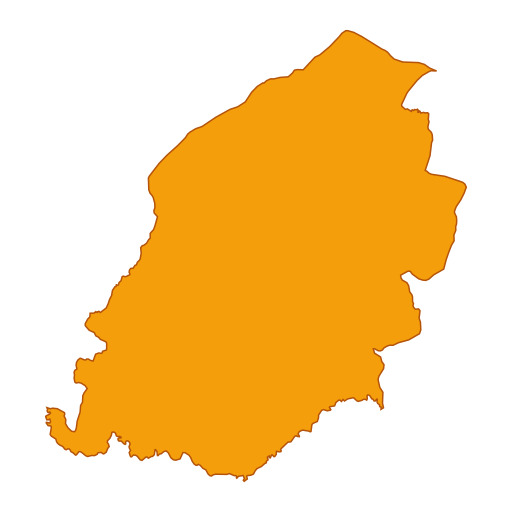 outline of Restrepo, Valle del Cauca, Colombia
{"feature_id": "7082276B97721102897015", "entity_name": "Restrepo", "entity_type": "district", "adm_level": 2, "iso_a3": "COL", "parent_name": "Colombia", "parent_adm1": "Valle del Cauca", "projection": "natural_earth1", "projection_center": [-76.549, 3.81], "detail": "fine", "context": "isolated", "style": "filled", "palette": "amber", "viewbox_px": 512, "rotation_deg": 0, "n_neighbors": 0, "source": "geoboundaries", "source_scale": "gbopen_adm2", "svg_char_len": 5988}
<svg xmlns="http://www.w3.org/2000/svg" viewBox="0 0 512 512"><path d="M195.7,128.7L190.2,132.0L187.7,134.1L185.5,137.6L178.0,145.3L167.0,155.2L159.2,163.3L149.2,176.3L148.4,178.1L148.8,189.8L150.1,193.3L152.0,195.4L153.2,197.5L154.8,203.4L154.9,207.7L153.9,210.6L154.2,213.0L157.5,216.7L154.8,226.4L153.5,229.7L150.2,233.4L150.2,238.2L148.7,239.6L146.6,243.2L143.8,245.3L142.2,245.7L140.7,247.7L141.2,253.3L140.2,258.8L139.4,260.3L137.4,262.2L136.4,264.9L134.9,265.4L133.2,268.2L130.8,268.4L129.5,270.0L129.1,272.2L129.9,273.8L129.8,274.7L126.2,276.5L125.0,276.7L123.2,276.1L122.1,276.7L121.0,280.8L119.1,282.5L118.4,284.9L117.8,285.2L116.4,284.8L116.1,286.4L115.0,286.7L112.5,290.3L111.6,295.5L109.6,299.4L108.1,303.9L106.2,308.0L100.4,312.5L98.9,311.3L97.3,312.3L97.1,311.8L96.1,312.2L95.7,311.7L94.0,313.1L90.1,313.2L89.9,316.8L87.7,319.1L85.3,323.5L85.2,325.3L85.7,326.2L89.2,330.3L94.3,332.6L95.8,335.8L98.5,337.2L100.3,339.3L105.9,341.8L106.7,343.5L106.6,348.9L106.4,350.0L102.5,351.3L102.4,352.6L101.5,353.3L98.7,353.0L95.6,354.2L93.1,361.0L90.5,360.4L88.5,359.1L86.7,359.0L85.9,359.8L84.7,360.0L80.6,358.3L79.8,358.4L77.8,360.1L76.5,362.5L76.1,365.2L76.9,369.0L74.8,370.4L74.1,372.2L74.5,375.1L74.1,378.3L74.9,382.1L76.1,383.0L78.7,382.5L81.3,383.2L85.2,385.7L87.2,388.6L84.1,392.9L82.8,395.8L82.5,402.2L80.6,405.5L80.1,412.1L77.2,421.1L76.3,428.0L75.6,430.3L74.6,431.7L71.7,431.3L68.1,428.0L65.5,423.6L65.8,419.5L64.1,416.0L64.8,414.1L64.4,412.6L57.3,408.7L52.9,408.2L50.1,408.7L46.9,407.6L47.6,409.4L47.1,410.7L47.5,411.9L48.2,412.6L49.9,412.0L50.5,413.1L49.4,414.2L45.9,416.1L45.7,416.8L46.8,419.8L48.0,419.9L49.8,419.1L50.5,422.0L49.8,423.0L46.4,422.3L46.2,422.9L48.1,425.6L50.9,426.0L51.3,427.8L50.2,434.1L50.4,434.9L51.3,436.1L55.8,439.0L56.6,441.7L57.6,443.3L59.5,444.9L62.6,446.4L65.1,449.4L66.4,449.7L67.6,448.9L69.1,448.9L70.0,449.8L71.0,451.7L73.1,452.8L75.5,455.1L76.5,454.8L78.8,451.8L79.8,451.6L81.4,452.2L85.7,455.7L87.6,456.5L91.5,455.5L94.6,455.6L97.2,454.3L97.7,453.0L99.0,452.6L101.3,452.5L103.2,453.9L104.3,453.6L106.2,452.2L107.8,448.3L109.2,446.6L108.5,444.2L107.4,442.6L107.4,440.9L109.8,438.4L111.4,435.2L111.8,432.7L112.2,432.2L113.8,432.0L115.4,433.0L116.4,435.9L117.4,436.5L120.1,436.5L121.1,437.3L121.0,437.8L118.9,438.1L118.0,438.7L118.0,439.8L118.8,441.0L121.3,441.1L123.8,443.7L125.1,444.4L125.7,443.9L125.6,442.0L126.3,441.1L127.7,440.8L129.4,442.1L130.1,443.9L129.1,446.4L129.2,447.8L130.5,450.3L129.2,452.6L130.2,455.9L131.0,456.9L131.7,456.7L133.3,455.1L135.7,455.2L137.4,456.4L140.1,459.8L142.0,460.4L146.0,457.0L147.1,457.1L148.3,458.2L151.4,456.5L152.6,456.4L154.3,454.7L155.0,449.8L155.6,449.6L157.0,451.7L157.4,455.5L158.1,455.6L159.4,454.1L161.3,453.7L163.8,451.6L166.2,450.9L168.3,452.8L170.8,457.7L173.2,459.7L175.7,460.2L180.1,458.9L182.9,452.6L185.1,452.7L189.0,455.2L190.6,457.4L192.3,461.4L194.3,464.2L196.1,465.3L197.1,465.3L198.3,464.4L200.1,465.2L203.0,468.4L205.8,469.8L208.1,474.0L209.8,475.6L211.5,476.0L213.2,474.8L215.5,474.2L226.7,474.4L229.5,473.6L234.1,475.6L236.1,475.7L236.6,476.4L236.4,477.8L236.8,478.2L238.5,476.3L243.1,475.5L244.4,478.5L243.3,480.3L244.2,481.3L247.3,479.0L246.7,476.3L247.2,475.6L250.8,475.2L253.4,474.1L255.2,470.8L257.0,468.6L261.4,466.5L264.8,463.5L266.3,462.8L266.3,461.3L268.1,459.8L267.3,457.4L268.4,456.4L269.3,456.0L269.5,457.7L270.4,457.8L271.5,455.0L272.2,454.8L274.0,456.7L274.9,456.4L276.2,454.5L276.5,451.3L279.4,451.9L280.9,451.6L281.2,450.7L280.6,449.5L281.2,448.6L287.9,442.2L290.9,441.8L294.8,436.3L296.5,435.7L297.1,436.4L299.3,436.7L299.4,436.1L298.1,433.8L299.3,431.6L302.4,430.1L308.8,431.1L310.2,431.8L311.0,431.5L311.9,424.6L312.9,423.4L317.3,421.5L318.5,417.9L318.6,415.0L321.7,410.3L323.6,409.6L327.2,410.8L330.4,410.2L330.8,409.5L329.4,407.5L329.7,406.7L334.6,405.9L335.9,402.5L338.7,400.2L340.0,400.1L341.4,401.5L343.1,399.5L344.5,401.0L347.7,398.9L353.5,397.7L356.8,400.8L358.2,401.4L361.8,400.4L363.5,399.3L365.6,399.4L366.7,400.1L367.3,398.7L367.0,395.8L367.9,394.9L368.7,395.0L369.9,395.8L371.8,398.9L372.9,399.1L374.1,401.0L375.2,401.0L376.8,399.1L377.3,399.3L377.0,401.9L377.7,403.4L379.5,404.9L379.7,406.6L381.2,407.2L381.0,409.3L383.5,407.8L382.5,403.2L382.9,392.3L379.8,387.4L378.2,380.3L378.2,378.5L379.1,375.9L383.6,368.6L384.0,364.7L381.7,361.4L380.6,357.0L374.5,353.1L373.3,348.8L374.8,348.8L378.1,350.7L380.4,350.9L382.4,350.0L384.0,347.9L386.7,346.3L389.6,345.2L393.0,345.3L398.5,342.7L408.7,339.9L419.5,333.7L420.8,329.8L420.4,322.0L419.1,318.2L420.0,310.8L418.6,308.9L415.7,309.2L414.7,308.7L413.4,306.9L413.0,305.6L413.5,303.5L412.6,301.8L412.5,296.6L411.8,294.7L409.7,291.8L408.6,285.6L406.9,282.7L402.2,280.0L400.9,277.6L400.6,275.2L407.7,271.3L409.1,271.1L410.4,271.5L412.3,274.1L418.7,278.8L422.7,280.1L425.8,280.4L428.9,279.1L433.6,274.9L443.7,269.1L446.2,259.6L448.9,251.8L451.5,245.2L454.1,240.8L453.9,235.0L455.8,230.3L455.7,226.5L456.5,224.1L456.7,220.4L456.4,216.8L454.6,213.0L454.5,211.2L456.2,206.7L460.6,200.1L464.1,193.2L466.3,187.2L464.9,184.1L462.7,182.3L444.9,176.3L431.5,174.3L428.8,173.1L427.0,171.3L425.2,170.4L430.0,155.7L431.6,142.5L432.6,140.3L432.3,135.3L431.8,133.4L431.2,132.2L428.5,129.4L428.0,128.0L428.0,126.4L429.0,121.6L428.3,119.6L428.7,113.6L427.5,112.7L425.1,113.0L423.8,112.4L420.7,113.0L420.0,111.3L419.4,111.0L418.6,112.3L417.8,112.1L418.3,110.2L417.4,109.2L416.5,109.9L414.4,109.5L413.7,110.5L412.2,109.8L411.4,111.4L407.4,108.9L405.4,109.4L401.8,106.2L401.6,104.5L406.7,93.6L408.3,91.1L417.2,80.3L422.3,75.5L428.6,71.8L431.1,70.7L436.6,71.0L429.7,68.1L424.4,64.4L418.5,62.6L402.7,62.0L394.2,59.1L390.7,55.9L387.7,52.3L384.8,50.3L382.1,49.2L362.0,36.7L353.8,32.4L347.8,30.7L345.7,30.7L341.9,33.3L338.8,37.1L329.5,46.8L319.8,54.9L314.9,57.2L303.2,69.8L297.3,69.6L294.4,70.2L292.5,73.0L288.3,76.8L280.2,77.4L273.9,78.9L270.4,78.9L266.5,80.7L263.8,83.2L262.8,82.9L257.2,86.5L251.6,92.3L245.3,101.9L237.7,106.8L230.0,109.4L215.9,117.2L201.9,126.6L195.7,128.7Z" fill="#f59e0b" stroke="#b45309" stroke-width="1.5"/></svg>